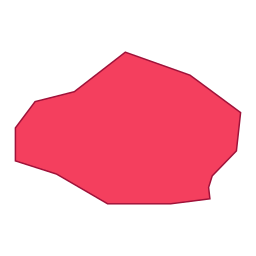 an SVG outline of Tameside
{"feature_id": "GBR-5682", "entity_name": "Tameside", "entity_type": "Metropolitan Borough", "adm_level": 1, "iso_a3": "GBR", "parent_name": "United Kingdom", "parent_adm1": "", "projection": "orthographic", "projection_center": [-2.094, 53.459], "detail": "fine", "context": "isolated", "style": "filled", "palette": "rose", "viewbox_px": 256, "rotation_deg": 0, "n_neighbors": 0, "source": "natural_earth", "source_scale": "10m", "svg_char_len": 303}
<svg xmlns="http://www.w3.org/2000/svg" viewBox="0 0 256 256"><path d="M125.3,52.2L190.0,75.2L240.6,112.6L236.4,150.9L212.2,175.9L208.6,187.4L209.9,198.8L170.5,203.8L107.6,203.8L56.6,174.1L15.4,160.9L15.4,127.9L35.1,101.6L74.3,91.7L125.3,52.2Z" fill="#f43f5e" stroke="#9f1239" stroke-width="1.5"/></svg>